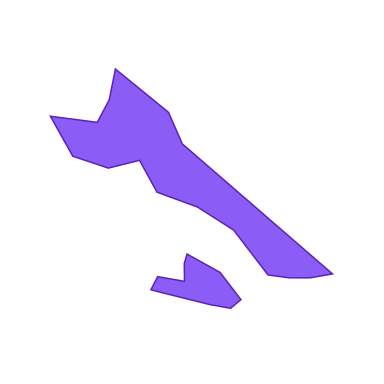 Baie Sainte Anne, Albers equal-area conic projection, rotated 190°
{"feature_id": "SYC-5204", "entity_name": "Baie Sainte Anne", "entity_type": "state/province", "adm_level": 1, "iso_a3": "SYC", "parent_name": "Seychelles", "parent_adm1": "", "projection": "albers", "projection_center": [55.733, -4.314], "detail": "fine", "context": "isolated", "style": "filled", "palette": "violet", "viewbox_px": 384, "rotation_deg": 190, "n_neighbors": 0, "source": "natural_earth", "source_scale": "10m", "svg_char_len": 498}
<svg xmlns="http://www.w3.org/2000/svg" viewBox="0 0 384 384"><g transform="rotate(190 192 192)"><path d="M39.4,135.7L60.8,128.0L80.8,124.4L102.7,123.5L144.4,161.7L183.9,178.1L226.4,185.7L249.2,214.1L278.6,201.0L315.6,206.5L344.6,242.0L297.4,244.1L289.5,268.5L288.8,299.8L229.0,266.4L209.9,237.7L39.4,135.7ZM125.1,94.5L133.8,84.2L154.5,84.2L202.4,87.5L215.5,88.6L211.1,102.7L183.9,102.7L187.2,120.2L186.1,130.0L150.4,117.7L125.1,94.5Z" fill="#8b5cf6" stroke="#5b21b6" stroke-width="1.5"/></g></svg>